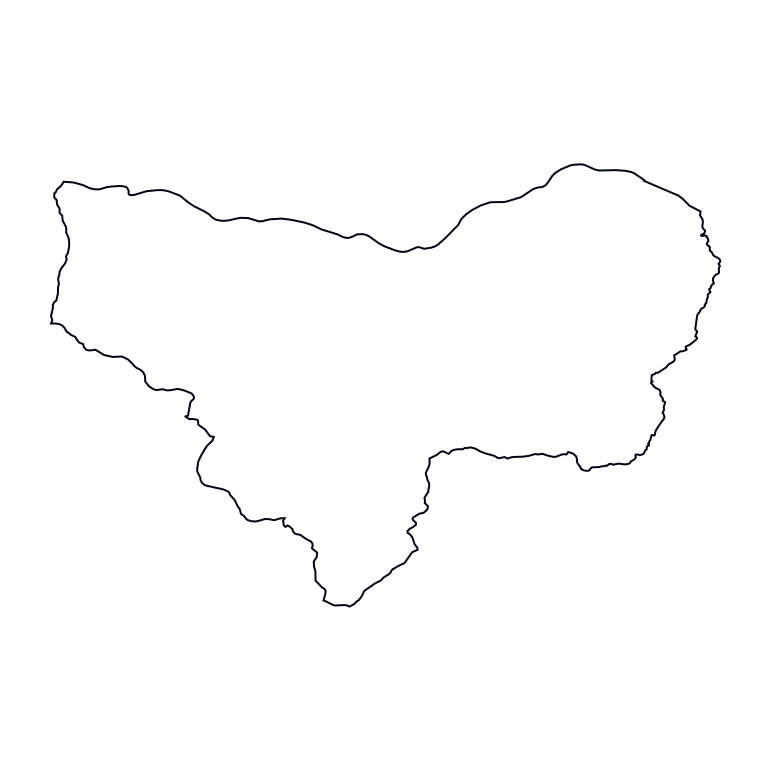 Concordia, Antioquia, Colombia (Robinson projection), rotated 271°
{"feature_id": "7082276B53735822778308", "entity_name": "Concordia", "entity_type": "district", "adm_level": 2, "iso_a3": "COL", "parent_name": "Colombia", "parent_adm1": "Antioquia", "projection": "robinson", "projection_center": [-75.913, 6.06], "detail": "fine", "context": "isolated", "style": "outline", "palette": "ink", "viewbox_px": 768, "rotation_deg": 271, "n_neighbors": 0, "source": "geoboundaries", "source_scale": "gbopen_adm2", "svg_char_len": 6105}
<svg xmlns="http://www.w3.org/2000/svg" viewBox="0 0 768 768"><g transform="rotate(271 384 384)"><path d="M545.6,262.6L544.7,260.2L544.4,256.2L547.5,245.5L547.6,241.3L547.6,237.1L544.9,225.8L544.3,221.3L544.6,216.9L545.5,212.7L547.7,209.1L550.4,206.4L553.3,201.7L558.3,191.2L562.0,185.3L568.7,176.8L572.8,165.6L573.3,163.3L574.0,158.9L573.9,154.1L572.6,143.1L568.8,131.4L568.4,127.4L568.8,126.1L570.0,125.3L572.7,125.4L575.7,123.7L576.6,122.4L577.1,120.0L577.4,116.1L576.7,108.3L576.1,103.8L573.7,96.2L573.6,91.5L574.6,86.3L577.4,80.2L579.6,72.1L580.2,68.8L580.6,60.2L577.2,58.2L572.7,53.5L570.4,52.7L569.0,51.1L564.9,51.0L563.9,51.6L563.3,52.7L561.9,53.5L557.5,54.1L553.9,56.5L549.4,56.7L546.7,59.3L541.7,59.9L535.9,63.1L533.6,63.6L530.0,63.6L524.5,66.1L521.2,66.7L515.7,66.8L508.9,65.5L507.5,64.4L505.9,63.9L502.8,64.5L498.9,63.0L494.2,59.4L490.3,57.6L488.2,57.6L483.6,56.3L479.1,57.1L476.9,57.0L475.3,56.4L468.9,56.4L461.7,54.9L460.4,53.0L457.0,51.4L454.3,51.7L446.3,49.9L441.9,51.2L438.7,50.1L438.7,54.6L438.3,58.2L436.6,61.7L434.2,63.8L430.9,65.7L429.2,68.4L427.7,70.0L425.7,74.5L423.4,75.8L420.1,78.5L418.7,82.4L415.5,83.4L412.8,86.0L412.4,89.0L413.2,95.0L408.1,103.6L406.3,112.5L406.9,120.8L406.2,123.2L404.0,127.7L399.8,132.2L397.5,134.1L395.9,136.2L393.7,140.6L391.3,143.2L387.9,144.9L382.4,145.2L377.7,148.9L374.9,153.4L373.9,156.5L374.9,162.5L373.8,167.4L374.1,170.6L375.5,178.0L374.1,184.2L371.5,191.1L370.7,192.3L368.2,194.0L366.9,194.3L365.9,194.0L363.1,191.3L362.0,190.7L349.1,188.6L348.5,187.8L348.4,186.4L348.0,186.1L345.5,189.9L345.6,194.1L344.9,198.1L344.1,198.7L340.4,199.0L339.7,199.5L335.4,205.9L329.2,210.6L328.6,211.6L328.3,214.4L328.0,214.8L324.2,213.3L319.4,208.4L316.0,206.1L309.1,202.3L303.1,199.6L294.6,198.6L292.7,199.1L287.6,201.8L284.7,202.3L282.0,203.7L279.9,206.5L279.0,209.3L275.8,225.2L274.1,229.4L272.9,231.0L270.2,232.2L265.2,236.9L259.4,239.7L256.3,242.0L251.6,243.3L249.4,246.6L247.4,247.9L245.6,250.0L244.5,253.7L244.3,257.6L244.8,260.5L246.9,267.2L246.9,271.3L245.9,276.6L247.9,282.8L248.1,287.0L245.4,285.5L241.4,286.2L240.0,287.0L239.4,288.1L240.8,289.9L240.2,291.5L237.5,294.9L235.5,295.4L233.2,297.0L232.1,299.9L231.9,302.6L228.3,307.9L225.1,313.9L223.1,315.3L220.7,315.5L219.2,314.8L218.1,315.2L214.8,319.5L213.9,320.1L209.9,319.8L205.5,317.0L204.3,316.9L199.4,317.4L195.9,318.6L186.2,319.0L179.4,325.8L178.1,328.1L176.4,329.2L173.6,329.1L166.5,327.3L165.8,329.4L162.2,336.8L161.7,338.6L162.3,348.4L162.0,350.8L160.9,353.2L162.2,355.9L163.8,358.5L165.9,360.3L167.7,362.8L171.5,365.5L176.4,367.7L177.8,369.2L184.5,378.6L187.6,384.4L190.5,386.9L194.2,392.6L195.8,394.0L197.5,394.7L198.9,395.9L202.3,401.5L205.4,407.7L216.3,415.1L218.8,420.5L220.8,420.2L224.4,417.4L231.4,414.9L234.4,412.3L235.5,410.3L237.3,410.0L239.7,412.3L241.6,415.7L243.9,418.4L245.7,418.4L248.7,415.2L250.3,414.9L251.2,415.7L254.9,421.5L255.9,425.8L258.5,428.8L260.7,430.0L262.8,429.9L265.6,426.9L268.7,427.0L270.0,426.5L271.4,426.7L276.7,430.0L283.5,431.0L285.8,430.8L289.0,429.0L291.7,428.6L293.9,427.5L295.9,427.4L301.8,430.1L305.0,431.0L310.3,430.8L314.2,438.3L317.1,441.7L317.6,443.2L317.5,445.1L315.3,449.6L316.0,450.8L318.0,452.2L319.3,454.9L320.0,458.1L320.2,463.9L321.5,466.0L321.3,468.0L322.0,470.5L322.0,472.4L321.0,476.4L318.3,481.4L316.6,485.8L314.1,495.5L312.1,499.0L311.8,500.9L313.1,505.7L311.6,508.9L312.5,510.9L313.3,514.6L313.8,524.5L314.6,529.7L316.7,536.7L316.2,538.7L316.9,543.8L315.1,549.5L314.2,554.1L314.1,556.8L316.6,563.1L317.0,565.1L316.7,567.6L319.2,569.4L318.1,573.2L317.1,575.0L314.9,577.4L312.7,578.1L309.4,578.4L307.6,579.2L305.0,581.4L302.3,582.7L301.0,585.7L300.7,588.9L301.0,590.5L304.0,592.8L304.3,593.7L304.7,600.5L305.6,603.7L305.7,606.2L306.5,607.5L306.2,608.9L307.7,610.0L308.2,612.8L307.3,614.4L308.5,620.0L307.8,626.5L308.4,629.8L309.4,631.5L310.8,632.1L313.1,635.9L315.1,637.1L316.8,636.6L317.7,636.8L318.0,638.4L317.3,641.1L318.1,643.6L319.4,645.3L321.9,646.1L323.1,647.7L325.3,647.9L326.6,648.4L327.1,650.0L327.9,650.0L328.9,649.1L329.9,650.0L331.5,650.4L332.7,651.3L337.5,652.5L337.7,652.8L337.2,654.5L337.6,655.5L341.3,656.3L343.7,657.4L351.6,662.5L353.4,664.1L356.0,665.0L358.4,664.2L360.1,663.0L362.8,664.4L365.6,664.1L370.5,665.4L371.1,665.1L371.7,663.5L372.3,663.0L374.1,663.1L377.9,660.4L380.2,660.6L382.7,659.9L385.4,654.8L389.6,651.0L390.5,651.2L391.2,652.4L392.2,651.3L397.1,651.5L397.7,651.8L398.6,654.4L400.0,655.7L400.0,657.7L405.3,665.5L408.5,668.2L411.3,672.8L413.3,674.4L417.7,673.6L421.8,679.9L422.0,682.1L423.3,685.7L423.9,686.0L425.3,685.0L426.7,685.1L428.6,689.1L433.7,695.2L435.0,696.2L435.8,696.1L437.1,694.4L441.7,696.2L442.3,696.1L443.2,694.8L444.6,694.3L457.2,695.8L459.4,696.5L461.2,698.1L464.6,699.7L465.9,702.1L467.5,703.5L469.1,703.3L470.3,704.7L474.9,705.5L476.5,706.3L478.9,706.1L481.5,708.7L482.1,708.7L483.5,707.6L484.6,707.5L485.6,708.8L488.6,709.8L490.2,712.0L493.6,711.0L496.0,711.4L498.9,713.6L500.4,716.6L501.5,717.0L505.7,716.8L507.8,717.8L510.1,716.4L512.2,718.1L513.9,717.8L516.0,715.8L516.6,713.9L518.2,711.2L521.3,709.5L523.3,707.4L526.5,707.4L529.1,704.5L530.4,704.4L532.8,705.9L535.5,705.1L536.6,704.0L537.6,704.0L538.1,702.1L537.5,699.5L537.9,698.5L538.6,698.6L540.1,701.5L542.2,702.4L543.1,702.2L545.5,699.9L548.1,699.5L550.3,700.0L553.7,699.8L558.2,697.1L562.0,697.5L567.6,686.3L574.5,679.3L577.5,675.1L591.4,641.0L591.6,640.5L592.2,640.8L593.9,638.4L599.0,630.6L600.2,627.8L601.4,621.5L601.9,611.6L601.2,595.5L602.1,591.1L606.4,581.2L607.1,577.6L606.6,570.5L605.9,566.7L601.9,557.5L597.8,551.3L594.7,548.4L588.0,544.2L585.5,542.0L583.6,538.6L583.2,534.4L581.3,529.4L573.2,517.8L568.4,502.9L568.0,499.8L567.6,487.3L564.3,477.8L559.5,469.1L554.7,462.7L550.3,458.4L544.4,455.5L530.9,442.7L524.4,435.6L522.4,432.4L521.1,428.7L519.9,421.8L521.5,416.6L521.1,414.1L517.2,405.4L516.5,402.5L516.5,398.5L517.0,395.8L518.3,391.4L521.8,381.8L524.4,376.7L531.4,366.5L532.7,363.7L533.5,360.1L533.1,354.3L531.2,350.8L529.5,346.5L529.5,343.0L530.4,340.0L532.9,334.6L537.4,319.0L541.6,309.7L544.0,301.6L546.4,289.3L547.6,279.0L546.7,267.4L545.6,262.6Z" fill="none" stroke="#020617" stroke-width="2"/></g></svg>